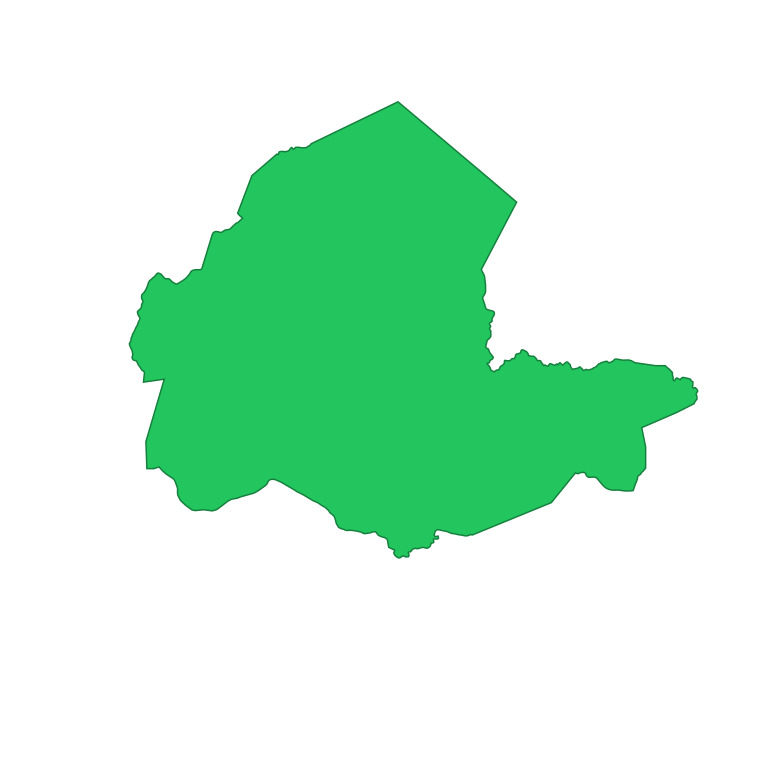 outline of Jesus de Otoro, Intibucá, Honduras, rotated 139°
{"feature_id": "27666195B82528281460638", "entity_name": "Jesus de Otoro", "entity_type": "district", "adm_level": 2, "iso_a3": "HND", "parent_name": "Honduras", "parent_adm1": "Intibucá", "projection": "albers", "projection_center": [-88.024, 14.542], "detail": "fine", "context": "isolated", "style": "filled", "palette": "green", "viewbox_px": 768, "rotation_deg": 139, "n_neighbors": 0, "source": "geoboundaries", "source_scale": "gbopen_adm2", "svg_char_len": 6159}
<svg xmlns="http://www.w3.org/2000/svg" viewBox="0 0 768 768"><g transform="rotate(139 384 384)"><path d="M265.9,140.1L259.8,143.6L255.4,145.8L254.1,147.1L253.0,147.8L252.2,147.9L249.8,147.5L248.0,148.2L245.9,148.2L243.2,148.6L241.8,148.9L241.1,149.6L227.8,164.9L218.1,182.0L181.8,170.5L162.8,165.7L161.0,166.6L157.6,167.3L155.7,169.8L155.3,171.2L155.0,171.7L153.8,172.3L152.4,172.5L151.8,173.0L151.3,174.8L151.4,176.8L151.9,177.5L152.8,177.4L153.1,177.6L153.4,178.7L152.8,179.6L151.5,180.7L149.5,182.9L150.1,185.3L149.6,186.4L149.8,187.1L151.0,188.9L153.9,192.7L155.0,193.3L157.6,193.0L159.0,196.4L160.7,196.6L162.2,195.9L162.8,196.1L163.2,196.6L162.8,197.7L161.3,199.6L160.3,201.8L159.0,203.1L158.8,203.6L159.0,208.2L159.7,211.9L159.6,213.2L166.9,219.5L180.1,234.8L180.7,235.6L182.1,239.4L183.6,241.6L188.1,245.3L191.9,250.0L193.1,251.1L194.0,251.3L196.0,251.1L199.6,251.9L200.3,252.5L200.7,254.5L201.1,255.2L204.9,257.1L206.0,257.5L207.8,257.8L208.7,258.3L213.0,257.9L215.3,258.7L216.9,258.8L220.6,260.4L221.3,261.2L221.6,262.1L222.2,262.6L224.4,263.1L224.6,263.5L224.5,264.6L224.9,268.3L225.5,268.6L227.6,268.9L232.3,271.6L231.7,275.0L230.8,276.4L231.1,279.0L231.0,279.8L231.2,280.3L231.9,280.8L232.7,281.0L236.6,281.0L236.9,281.7L237.0,284.0L237.3,284.6L237.8,284.8L239.9,284.3L240.2,284.8L240.2,285.5L240.5,285.8L241.0,285.9L242.7,285.8L245.1,290.2L245.6,290.4L246.3,290.5L248.4,289.8L249.3,290.8L250.1,292.8L250.7,293.2L251.4,293.3L251.5,294.1L251.0,295.5L251.3,297.3L251.1,297.8L250.7,298.1L250.6,298.6L251.2,299.6L252.8,300.9L252.7,302.5L252.4,304.1L252.7,306.6L254.4,308.1L256.3,310.7L255.4,312.2L255.2,314.5L255.9,316.8L257.0,319.0L257.5,319.3L258.5,319.3L260.2,318.2L260.7,318.0L263.0,318.8L264.1,319.6L264.9,319.7L265.8,319.4L267.5,318.1L269.6,317.9L269.9,318.2L270.5,319.1L273.1,319.0L274.3,319.3L276.7,321.8L277.1,322.4L277.5,322.6L278.0,322.4L279.2,321.1L280.1,320.6L281.3,320.4L284.8,320.8L287.3,319.6L288.0,319.5L290.4,320.8L291.6,320.7L292.8,320.9L294.3,324.4L294.2,324.9L293.5,325.8L293.2,326.8L292.8,328.7L293.0,330.7L292.5,331.9L292.3,331.9L291.4,331.2L290.8,331.0L289.6,331.4L288.6,332.2L285.9,331.7L284.8,332.0L283.9,332.6L283.6,338.3L282.3,341.9L283.2,344.3L283.1,344.8L282.7,345.5L277.8,349.0L276.9,349.3L275.3,349.2L273.6,349.4L272.0,350.0L270.8,351.3L269.9,352.7L268.8,353.6L268.4,354.7L268.4,355.8L268.1,356.5L265.8,357.4L265.4,358.3L265.2,359.7L264.7,360.6L263.9,360.7L262.4,360.4L261.4,360.4L259.2,362.7L255.6,363.8L254.2,365.0L253.7,366.1L253.9,367.4L257.0,372.0L257.4,372.9L257.6,373.8L257.3,374.9L256.1,377.3L253.8,382.9L253.2,384.1L252.7,384.6L248.2,386.1L246.8,387.0L242.5,392.0L237.5,399.3L236.6,401.8L236.2,404.2L235.4,406.6L164.6,434.2L169.8,469.1L188.3,587.8L281.3,613.1L283.6,612.7L285.7,613.3L287.4,613.3L290.3,615.4L293.5,619.0L295.1,620.4L295.7,620.6L297.8,620.4L298.2,620.5L298.5,621.1L298.4,622.5L298.7,623.2L299.8,623.2L302.5,622.6L304.3,623.0L305.8,623.9L309.0,627.0L310.6,627.9L311.1,627.8L313.1,626.6L313.7,626.9L314.0,627.8L347.0,627.9L382.4,608.9L382.5,606.7L382.0,601.8L385.5,601.9L386.6,601.7L388.0,601.7L390.6,602.4L393.6,602.2L394.7,602.3L397.8,602.0L399.3,602.2L403.2,604.5L406.5,604.9L407.9,605.6L408.6,606.5L409.3,607.8L411.3,609.7L413.2,610.2L414.3,610.0L416.3,609.0L446.2,590.3L447.8,590.9L449.8,592.7L451.6,594.1L453.3,595.0L454.4,595.5L456.0,595.4L459.3,594.4L463.8,593.8L467.6,594.0L474.6,595.2L475.5,596.3L476.4,598.5L476.9,600.7L477.0,603.0L477.2,604.3L478.3,605.5L479.5,606.4L480.0,607.1L480.2,608.5L480.2,613.2L481.3,615.5L482.2,616.2L483.7,616.2L485.5,615.7L493.6,615.7L494.8,615.2L498.6,613.0L501.4,611.6L504.6,610.6L507.7,610.3L508.3,610.1L509.6,609.1L510.9,607.4L511.5,604.8L512.0,604.0L513.3,603.7L514.4,603.2L515.1,602.7L516.2,601.5L517.5,600.8L518.9,600.6L522.0,600.5L522.9,600.1L524.2,597.6L524.9,594.1L525.2,593.4L528.8,591.8L532.3,589.9L533.9,589.5L537.2,587.9L541.1,586.5L541.8,586.1L542.3,585.5L544.8,584.5L546.4,582.8L549.7,581.5L550.5,580.2L552.5,573.8L553.2,572.9L554.1,571.1L556.8,569.3L557.4,567.6L557.4,566.5L555.7,563.6L556.9,559.6L557.0,557.5L557.6,553.6L557.0,550.3L557.6,549.5L564.3,543.2L546.7,531.8L601.5,496.7L618.5,475.7L613.4,471.2L608.2,469.0L608.1,463.6L607.4,458.6L605.8,453.0L605.1,450.1L605.4,448.0L607.6,442.1L608.6,440.2L610.7,438.0L612.4,435.7L613.9,430.4L613.9,428.2L613.2,422.1L611.6,415.1L609.5,412.3L602.6,407.4L596.8,400.9L593.3,399.2L591.6,398.8L578.8,398.0L575.5,397.3L574.2,396.8L569.7,394.1L565.8,392.7L555.1,387.6L552.7,386.7L549.0,386.0L539.9,385.1L537.9,385.4L534.7,386.6L533.4,386.7L532.2,386.3L530.7,385.3L530.0,384.8L529.7,384.1L528.9,383.4L526.1,377.5L521.4,363.7L520.4,360.1L517.7,353.6L514.1,342.5L512.0,338.2L510.4,332.3L509.3,329.3L508.8,324.6L509.2,323.0L509.2,321.7L508.7,319.9L508.5,316.8L508.9,315.3L511.5,309.9L512.3,305.9L511.9,304.4L511.1,302.7L510.0,301.2L508.7,298.4L504.6,295.0L501.6,291.5L498.5,287.3L497.6,284.9L496.9,283.8L492.4,280.9L489.1,279.5L487.5,278.2L487.3,277.3L487.5,273.9L487.2,272.7L486.1,270.4L484.2,267.5L483.9,266.6L483.6,265.0L483.8,263.9L487.6,257.7L485.8,253.3L485.1,252.5L484.9,251.9L485.0,251.6L487.4,250.1L488.0,248.6L488.1,247.0L487.9,245.5L487.3,243.6L486.6,242.7L485.8,242.3L483.2,242.0L482.3,241.8L482.0,241.4L481.7,240.5L481.1,239.3L478.9,237.6L478.2,237.8L477.4,238.4L476.7,239.7L476.4,240.7L476.0,241.1L475.3,240.9L474.4,240.2L473.6,239.9L473.2,240.0L472.8,240.4L472.2,240.2L471.5,240.7L470.3,240.4L468.1,239.4L467.4,238.3L466.0,237.2L462.0,235.4L459.3,231.8L457.4,231.2L455.6,231.3L452.6,232.9L451.2,231.9L450.5,231.9L449.8,232.4L448.8,234.2L448.3,234.5L447.7,234.2L445.8,232.2L444.9,231.8L444.2,231.8L443.4,232.7L443.0,233.8L444.6,234.7L445.4,235.4L445.7,236.1L445.4,236.9L442.6,238.9L441.9,239.2L440.6,239.3L439.5,239.1L438.7,238.5L433.3,231.4L431.0,226.8L429.1,224.8L426.6,221.3L424.8,219.3L422.6,216.4L421.0,214.9L418.8,213.9L417.3,213.7L416.6,212.2L335.5,184.7L297.9,191.3L296.7,189.2L293.1,187.8L291.2,186.1L290.7,185.2L290.5,184.3L291.4,182.1L291.0,179.8L290.6,179.2L286.6,176.0L285.5,174.5L285.2,173.5L285.1,172.0L285.3,165.9L285.1,161.8L284.6,159.5L283.3,156.7L281.2,154.0L276.7,150.2L272.8,145.7L269.4,142.6L265.9,140.1Z" fill="#22c55e" stroke="#15803d" stroke-width="1.5"/></g></svg>